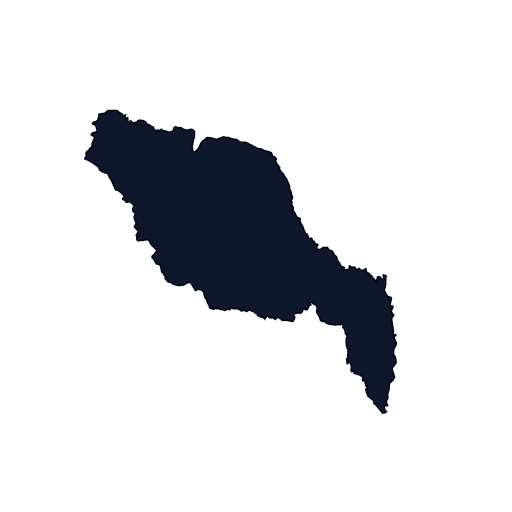 outline of La Paz, Santander, Colombia, rotated 152°
{"feature_id": "7082276B35281829421288", "entity_name": "La Paz", "entity_type": "district", "adm_level": 2, "iso_a3": "COL", "parent_name": "Colombia", "parent_adm1": "Santander", "projection": "robinson", "projection_center": [-73.636, 6.235], "detail": "fine", "context": "isolated", "style": "filled", "palette": "ink", "viewbox_px": 512, "rotation_deg": 152, "n_neighbors": 0, "source": "geoboundaries", "source_scale": "gbopen_adm2", "svg_char_len": 6132}
<svg xmlns="http://www.w3.org/2000/svg" viewBox="0 0 512 512"><g transform="rotate(152 256 256)"><path d="M321.3,231.8L320.1,230.6L320.0,230.1L319.2,230.0L318.6,229.0L318.2,228.9L317.8,229.5L317.5,228.9L316.8,229.6L316.4,229.4L315.6,227.9L313.1,226.8L312.7,226.5L312.9,225.7L311.0,224.7L309.2,222.6L305.0,222.0L304.6,220.9L304.2,220.8L303.5,221.1L302.9,222.0L301.7,221.5L300.8,220.1L296.4,217.8L296.0,216.4L294.6,215.4L295.0,214.6L291.5,213.2L290.5,211.4L286.9,211.5L285.9,209.5L284.5,208.8L283.5,205.9L282.3,204.7L282.5,202.7L281.8,201.7L281.0,201.2L280.5,199.9L278.6,198.6L278.4,197.6L277.5,197.6L277.7,196.3L274.7,197.9L273.9,198.0L273.5,197.6L273.7,196.6L273.0,195.0L269.6,193.2L268.9,191.0L266.6,191.7L265.0,191.3L264.5,189.8L263.4,188.9L263.6,187.8L262.7,186.6L259.2,184.9L254.2,180.9L251.4,182.6L250.3,184.3L251.4,185.5L249.1,186.8L246.0,186.2L244.1,184.9L242.7,184.5L240.9,185.3L240.3,186.4L239.1,186.8L238.5,186.7L237.2,185.1L236.0,184.5L232.6,187.0L231.3,187.4L230.5,187.1L230.2,188.7L230.7,190.2L228.4,189.0L227.9,186.7L226.3,185.0L226.0,183.3L227.0,180.0L228.0,179.6L228.9,177.3L228.6,172.6L229.2,168.9L229.0,168.4L227.9,166.7L226.1,166.5L225.4,163.5L222.5,160.8L218.0,157.6L216.2,157.2L213.7,155.7L212.2,155.2L211.7,153.4L211.8,152.9L212.9,152.3L212.1,149.2L213.5,145.7L213.0,143.0L213.2,142.1L214.6,141.4L216.7,138.0L218.3,134.1L218.3,133.0L218.9,132.0L218.6,129.9L219.8,128.6L220.2,127.2L222.1,124.7L222.0,124.0L222.4,123.4L224.4,122.4L226.0,118.2L222.7,117.8L223.6,113.6L225.7,110.6L225.8,108.9L223.8,108.8L223.6,108.3L224.3,107.0L224.4,106.0L222.9,105.4L222.4,104.0L220.3,102.5L219.4,100.6L218.3,99.4L220.3,96.3L220.3,95.5L218.7,94.9L218.6,94.3L219.9,90.2L220.0,89.3L219.2,88.1L219.3,87.5L221.6,86.8L222.5,83.6L222.9,79.1L221.6,76.7L220.8,74.3L220.0,73.5L220.2,72.1L221.1,70.5L220.0,67.9L218.1,58.0L216.2,57.0L213.8,57.3L214.5,59.4L213.7,62.4L212.4,63.4L211.4,63.1L210.8,62.1L209.9,62.3L209.6,65.7L208.9,66.8L206.4,68.4L204.6,72.3L201.7,75.1L197.9,80.9L193.5,82.0L190.5,83.9L188.9,92.3L187.8,93.4L182.6,95.7L181.5,97.9L180.6,101.0L180.4,102.7L180.9,104.1L179.7,106.5L177.9,109.2L173.9,111.8L172.9,113.3L172.4,119.1L171.5,119.9L169.6,120.4L169.9,121.4L171.7,121.6L171.7,122.5L170.0,124.9L166.0,136.3L165.2,137.4L162.1,139.1L162.7,142.8L162.3,144.0L159.0,146.5L158.8,147.5L159.5,148.3L161.1,149.1L161.0,149.5L156.2,155.0L156.3,156.2L158.3,158.0L158.9,159.5L159.0,165.0L157.9,166.9L156.7,167.7L154.2,170.9L154.2,172.0L152.4,174.0L152.2,175.7L150.4,176.9L150.5,177.5L152.3,179.5L152.9,178.9L153.7,176.2L155.0,176.1L156.1,176.7L156.2,178.9L156.5,179.5L157.7,180.4L158.5,180.4L160.6,178.2L161.1,175.8L161.5,175.6L163.1,182.2L163.2,184.6L164.8,185.9L164.1,187.3L165.7,189.2L165.8,190.9L164.9,193.2L168.8,193.2L170.0,194.3L170.7,196.6L173.8,196.6L173.9,199.1L174.4,200.1L176.9,201.2L178.0,203.4L178.4,203.4L179.6,200.5L184.6,202.2L184.8,203.2L183.6,203.8L183.4,204.3L185.3,206.6L185.8,207.7L185.5,210.3L186.1,213.3L185.3,217.3L185.7,219.0L186.4,220.3L186.1,222.7L186.7,225.3L188.7,226.8L188.9,230.1L190.8,230.8L192.4,232.0L195.3,231.7L197.5,232.2L198.4,232.9L198.7,233.7L198.4,235.6L196.3,236.4L196.1,237.5L198.3,239.2L197.7,241.5L199.1,242.6L198.5,244.5L198.8,245.8L201.0,246.7L201.4,247.4L200.7,249.0L200.5,251.1L201.8,253.0L201.2,255.8L201.6,257.2L200.9,258.7L201.0,264.7L200.7,266.2L199.6,267.7L199.5,268.6L200.7,269.6L201.6,271.3L201.5,275.9L201.8,278.1L201.6,279.1L200.4,280.9L200.3,285.0L199.0,286.6L199.0,288.4L196.6,289.9L196.1,290.9L195.8,292.1L196.0,293.8L195.3,294.7L194.8,296.9L194.5,300.8L193.5,301.9L193.1,306.2L193.4,307.7L192.7,309.1L193.3,311.0L193.3,315.1L194.6,320.5L194.0,322.8L193.5,323.1L194.4,328.6L193.8,331.2L192.5,331.9L192.5,332.2L192.9,334.7L194.3,336.3L194.0,339.9L195.2,341.6L199.3,345.3L201.3,348.4L203.5,349.4L211.1,360.5L213.0,362.1L215.2,363.0L217.1,364.8L218.1,367.6L222.7,371.2L224.7,373.6L227.9,375.4L228.4,376.4L236.1,377.5L241.1,382.1L244.0,383.7L246.2,382.9L249.1,382.6L251.6,381.5L255.7,378.4L259.0,377.0L261.5,376.7L262.3,377.2L262.4,378.8L261.1,382.2L256.9,387.7L254.5,389.9L252.1,394.4L251.8,395.2L252.8,397.5L253.8,398.4L258.0,399.5L259.8,401.1L262.3,404.8L264.5,405.8L266.4,408.0L268.6,407.5L269.0,406.2L269.8,406.2L270.4,405.6L273.3,405.6L275.2,406.5L275.6,407.2L276.4,407.2L276.7,408.4L279.8,411.0L280.1,412.4L282.0,411.8L282.8,413.0L284.0,412.5L284.9,413.9L286.6,414.8L286.1,418.2L287.3,418.8L288.4,421.7L289.7,422.6L290.6,424.9L290.4,426.0L291.9,428.4L294.9,430.6L297.1,430.8L298.2,430.1L301.3,431.0L302.8,432.4L303.1,434.0L303.6,434.4L304.8,432.1L305.3,432.3L305.7,433.7L305.6,436.0L304.3,438.1L304.6,438.5L305.9,438.7L306.2,439.3L306.0,441.2L305.1,441.8L306.0,442.1L307.0,441.4L307.7,441.7L307.7,442.8L308.1,443.5L307.4,443.9L307.5,444.6L308.3,444.9L308.4,445.8L309.2,446.5L309.6,448.1L310.8,450.0L318.4,453.9L322.6,453.1L328.2,455.0L329.2,452.8L330.6,451.9L332.1,450.0L334.3,449.9L337.1,450.5L338.3,449.7L338.2,448.9L336.6,447.5L336.4,445.3L337.2,441.4L339.4,440.5L341.3,441.3L344.2,441.1L344.5,440.1L342.9,437.3L342.8,436.4L347.8,432.4L349.4,429.8L350.5,429.1L352.4,429.1L354.4,427.3L355.5,427.9L357.3,427.2L358.1,426.2L358.4,424.5L361.6,422.2L359.4,419.6L356.4,414.9L353.3,408.6L353.7,405.7L352.7,403.2L350.0,400.0L348.5,398.9L348.1,396.5L348.6,395.0L348.2,390.5L348.9,380.2L347.4,379.2L345.3,375.2L344.4,371.3L344.7,370.0L346.4,369.6L347.1,368.8L345.7,366.5L345.2,364.2L343.2,363.5L342.3,363.6L340.2,359.2L340.5,357.3L342.9,355.5L343.7,353.1L343.6,352.5L342.5,351.4L342.5,350.6L345.8,346.9L346.4,341.2L349.8,338.8L349.3,338.0L349.1,335.9L348.0,333.0L352.0,330.7L352.3,328.7L353.6,326.2L352.3,324.2L350.9,324.2L348.2,322.7L345.8,322.1L344.6,321.5L343.0,319.7L343.4,316.7L343.0,314.5L340.8,307.6L344.7,305.3L347.6,304.7L348.6,303.6L347.8,300.9L347.8,296.4L346.9,294.9L345.6,294.3L344.9,292.2L346.7,286.2L346.7,285.6L345.8,284.7L346.2,283.3L345.7,279.9L346.8,278.8L346.2,275.4L345.7,274.3L343.6,272.5L342.2,269.8L337.9,266.0L333.3,264.3L329.1,264.5L326.2,263.4L325.7,253.9L322.8,253.9L320.1,251.4L319.4,250.0L319.4,247.8L320.3,245.1L320.6,242.7L320.0,240.2L320.5,239.3L320.8,237.1L320.6,234.3L321.3,231.8Z" fill="#0f172a" stroke="#020617" stroke-width="1.5"/></g></svg>